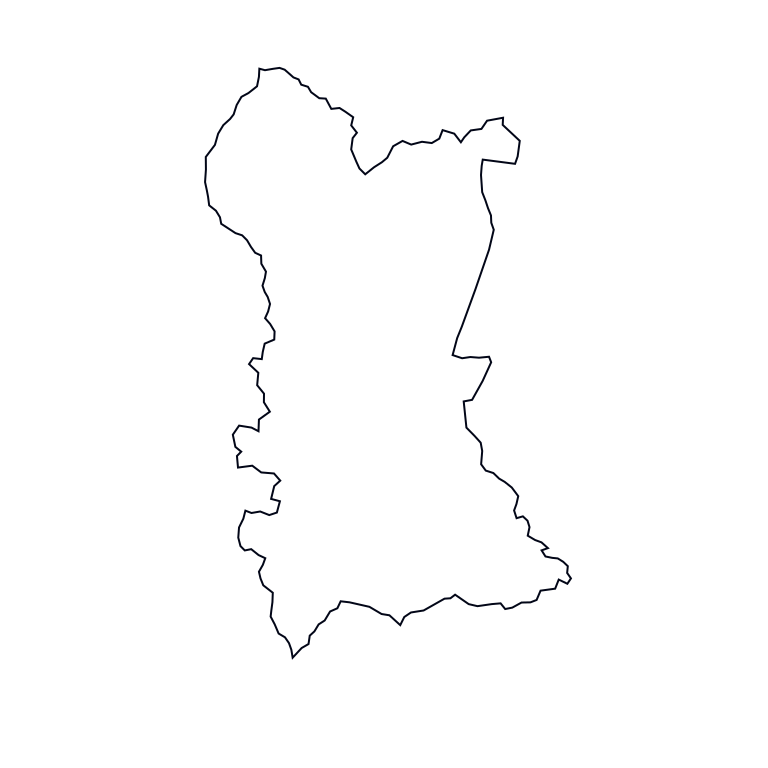 the district of São José do Ouro, Rio Grande do Sul, Brazil, rotated 195°
{"feature_id": "56859067B47068484088007", "entity_name": "São José do Ouro", "entity_type": "district", "adm_level": 2, "iso_a3": "BRA", "parent_name": "Brazil", "parent_adm1": "Rio Grande do Sul", "projection": "albers", "projection_center": [-51.559, -27.766], "detail": "fine", "context": "isolated", "style": "outline", "palette": "ink", "viewbox_px": 768, "rotation_deg": 195, "n_neighbors": 0, "source": "geoboundaries", "source_scale": "gbopen_adm2", "svg_char_len": 2816}
<svg xmlns="http://www.w3.org/2000/svg" viewBox="0 0 768 768"><g transform="rotate(195 384 384)"><path d="M401.4,96.0L395.2,107.7L389.6,113.3L390.6,121.7L387.2,127.0L384.9,134.9L380.1,140.2L377.2,150.3L371.0,155.3L369.6,162.9L360.8,164.2L340.4,165.0L326.8,161.2L318.9,162.0L305.9,155.3L304.1,164.2L298.8,170.3L287.1,175.5L270.0,192.3L264.4,194.2L260.8,198.9L245.2,193.3L236.2,193.6L222.9,199.3L214.6,202.3L208.7,198.0L202.2,201.2L194.6,208.5L186.0,211.0L180.7,214.9L179.3,224.9L165.7,230.6L164.6,240.3L155.2,238.5L153.1,244.6L158.2,248.9L159.3,255.6L164.8,258.6L171.0,260.5L176.6,259.6L183.4,259.2L188.7,264.1L183.2,267.9L190.9,271.8L197.7,272.4L205.9,274.7L206.4,283.4L210.0,289.1L215.6,292.1L221.2,288.7L225.6,295.5L225.0,302.3L225.3,310.4L233.8,317.1L242.1,320.7L248.3,322.4L255.3,326.3L263.3,326.7L269.4,331.6L271.8,344.7L275.4,352.3L283.1,357.3L293.1,363.2L302.5,387.8L294.8,391.5L289.5,412.5L286.1,432.7L289.6,437.5L299.0,434.0L307.6,432.4L315.2,429.1L325.2,429.7L325.2,447.3L323.7,459.4L320.2,499.3L317.3,540.9L317.9,561.4L322.1,567.5L324.3,574.5L329.0,580.7L333.7,587.8L338.8,594.7L341.2,601.7L344.4,611.0L346.1,620.0L346.7,626.3L314.4,630.6L313.8,638.4L315.8,654.0L336.4,665.0L337.9,672.0L352.6,665.0L355.9,655.6L365.8,651.4L370.3,643.1L372.3,637.4L380.9,644.0L393.1,644.4L394.1,635.3L400.2,629.1L410.0,627.8L419.7,622.3L429.0,623.6L436.7,616.0L439.4,603.4L443.4,597.7L449.7,590.8L456.4,581.7L463.5,585.8L468.2,591.5L476.4,602.1L477.9,613.4L475.2,619.7L482.6,625.3L482.8,633.7L491.8,637.0L498.4,639.1L506.1,636.1L514.1,644.6L520.5,643.3L529.9,647.0L534.4,651.4L541.4,651.7L545.3,656.1L550.8,656.7L561.3,661.9L566.7,662.3L572.8,659.7L580.2,656.3L586.0,656.3L584.3,648.3L583.7,638.7L590.2,630.0L596.0,624.5L598.5,615.4L599.0,605.5L601.3,600.1L606.2,592.5L609.0,582.9L609.2,571.2L614.9,557.2L611.5,545.0L609.1,532.7L605.3,525.3L602.4,519.3L599.1,511.3L591.2,507.9L585.6,502.6L582.7,496.6L574.7,494.0L566.5,491.3L559.5,490.9L553.5,487.4L548.0,482.0L542.4,477.4L536.0,476.3L533.6,468.4L527.1,462.0L526.5,455.4L526.8,447.5L523.0,442.0L518.9,438.0L514.8,431.8L514.7,424.0L515.9,416.8L509.5,412.5L503.3,406.5L501.5,398.5L509.7,392.1L509.4,383.6L508.5,376.4L517.1,375.1L519.5,368.3L508.3,362.3L506.2,350.0L497.4,343.6L495.3,335.3L487.1,327.7L495.6,317.3L493.0,305.9L500.7,307.6L513.2,306.3L516.9,295.9L511.3,284.8L504.4,281.7L507.4,276.4L503.4,265.5L490.1,271.0L479.7,266.8L467.1,269.1L459.2,263.8L463.6,257.0L463.3,243.8L454.2,243.8L454.2,232.1L460.9,227.7L470.6,228.8L478.6,225.1L485.1,225.8L485.0,217.5L486.9,207.9L485.0,197.9L480.7,190.3L475.4,187.2L469.5,190.1L460.9,186.3L453.6,185.0L454.2,178.0L456.2,170.3L453.0,164.3L448.5,158.3L437.4,153.6L435.3,144.4L434.2,136.0L433.3,130.0L427.4,123.6L421.2,115.7L414.1,113.7L408.7,109.1L404.7,103.3L401.4,96.0Z" fill="none" stroke="#020617" stroke-width="2"/></g></svg>